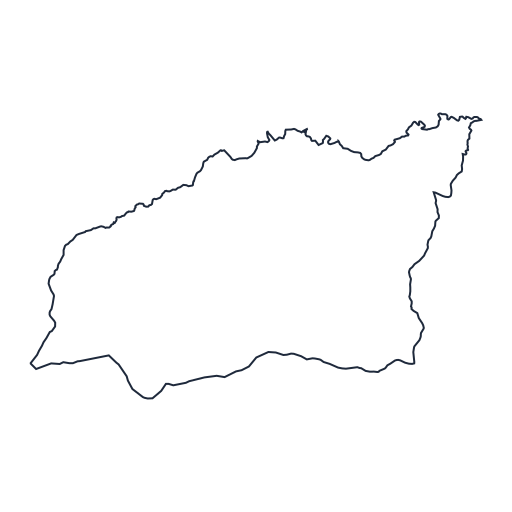 the district of Talmaciu, Sibiu, Romania
{"feature_id": "2599482B75206169001308", "entity_name": "Talmaciu", "entity_type": "district", "adm_level": 2, "iso_a3": "ROU", "parent_name": "Romania", "parent_adm1": "Sibiu", "projection": "mercator", "projection_center": [23.935, 45.563], "detail": "fine", "context": "isolated", "style": "outline", "palette": "slate", "viewbox_px": 512, "rotation_deg": 0, "n_neighbors": 0, "source": "geoboundaries", "source_scale": "gbopen_adm2", "svg_char_len": 6058}
<svg xmlns="http://www.w3.org/2000/svg" viewBox="0 0 512 512"><path d="M338.3,141.0L338.2,141.7L336.7,141.8L334.4,143.0L330.4,144.2L329.1,143.9L328.3,143.0L328.1,142.3L328.2,141.4L328.8,140.5L330.1,139.3L330.3,138.4L328.3,136.5L326.3,135.8L324.1,138.9L322.9,140.0L323.0,142.1L322.7,143.1L318.6,145.0L315.3,140.7L312.0,140.9L311.4,140.3L310.9,138.4L309.8,136.9L308.5,136.4L307.0,136.3L306.0,135.4L305.5,134.2L305.9,131.9L304.6,132.2L304.2,132.0L307.0,129.3L306.9,129.0L303.1,131.0L301.6,132.4L300.2,131.6L297.6,130.8L295.5,129.4L294.0,128.9L291.2,129.5L285.8,129.7L285.3,131.0L285.2,134.0L284.1,136.1L283.5,138.2L282.4,138.3L279.9,137.5L279.0,137.6L276.7,139.6L274.8,140.5L270.4,135.2L268.6,133.4L267.7,131.7L267.3,131.8L267.1,132.1L267.0,133.1L267.8,137.3L269.4,140.0L268.8,141.1L267.5,142.1L265.0,141.5L260.1,142.2L257.8,141.0L257.7,141.5L258.6,143.2L258.5,143.8L256.9,146.5L256.9,148.1L254.3,152.8L251.6,155.9L248.2,157.9L247.1,158.4L245.5,158.2L239.3,158.5L236.6,159.3L234.8,160.1L232.7,159.7L231.8,159.0L230.4,156.9L224.2,150.3L221.8,150.9L221.4,150.4L220.5,150.3L217.8,152.7L214.4,154.6L212.6,156.5L210.7,156.2L209.3,156.8L208.2,157.7L207.2,159.8L203.8,161.7L203.3,163.1L202.8,166.5L201.0,170.1L200.0,171.2L197.4,172.7L196.5,173.8L195.0,177.4L193.9,181.2L193.6,181.2L193.2,182.2L192.9,185.0L192.4,185.5L188.5,186.2L186.4,185.2L183.3,184.9L180.2,187.2L178.0,187.8L175.7,189.7L172.8,189.6L170.5,191.0L169.3,191.4L167.2,191.2L166.5,190.8L165.0,191.1L164.0,192.5L162.3,193.9L162.1,195.2L160.1,197.7L156.2,199.2L154.3,198.8L153.4,199.2L152.7,200.0L152.0,204.0L150.8,205.0L149.4,205.2L148.2,206.6L146.2,206.7L143.9,205.8L143.6,204.5L142.9,203.8L139.2,203.5L138.0,204.3L136.8,204.6L135.3,206.2L135.6,207.3L134.7,208.6L134.3,210.3L133.9,211.0L131.4,211.7L128.5,211.5L128.0,212.1L127.2,212.2L125.9,213.4L124.2,215.6L121.9,216.1L121.0,216.8L119.0,217.4L117.7,217.1L116.7,217.4L116.4,218.2L116.6,219.7L116.0,221.1L115.2,222.0L114.9,222.8L114.5,223.0L113.7,222.5L113.2,224.0L111.6,224.7L110.7,225.6L110.8,226.2L110.5,226.5L109.2,227.5L106.4,227.5L105.6,227.9L103.5,226.8L101.3,226.3L100.2,226.5L95.4,228.3L93.5,228.3L90.9,230.1L85.7,231.2L85.1,232.0L78.8,234.0L76.5,235.0L72.7,239.9L70.3,241.5L67.8,244.1L66.2,244.7L65.0,245.9L63.6,250.1L63.6,254.9L61.2,259.2L60.2,261.6L58.6,263.7L57.9,265.8L57.9,267.1L57.0,269.6L55.9,270.0L54.7,271.1L54.5,273.8L53.7,274.8L50.6,276.8L49.5,278.8L49.1,280.1L48.6,283.7L51.1,290.5L53.6,294.5L54.0,296.0L52.6,304.3L51.5,309.1L50.0,311.3L49.6,312.7L49.6,314.7L50.3,316.3L54.2,320.9L55.2,322.7L55.1,326.5L51.8,331.1L49.8,332.0L46.4,338.1L43.5,342.3L42.0,345.7L39.0,350.8L37.1,354.9L30.7,363.1L30.8,363.7L36.1,369.0L51.2,363.4L59.7,364.0L63.3,362.2L69.4,363.2L72.9,363.2L77.6,361.3L79.9,361.1L108.8,355.4L116.4,362.7L118.6,364.4L126.7,376.3L127.9,380.6L132.4,389.0L142.9,397.1L144.5,397.8L147.7,398.5L152.5,398.3L161.2,390.9L165.9,383.9L168.7,383.9L173.3,385.3L185.9,382.8L189.2,381.2L204.5,377.4L216.7,375.8L224.6,377.1L236.0,371.4L241.6,370.2L248.9,366.5L256.3,357.5L268.4,352.0L275.8,352.5L283.4,355.0L286.9,354.7L291.1,353.6L293.8,353.8L301.1,356.2L306.8,359.4L312.5,358.3L314.9,358.5L319.1,359.3L320.6,359.8L323.6,362.0L329.7,363.9L338.1,367.6L342.2,368.4L345.9,368.7L357.3,367.2L359.6,368.0L361.2,368.2L365.6,370.9L370.0,371.7L373.9,371.6L377.4,372.0L378.6,371.8L379.5,370.8L384.7,368.6L385.7,367.7L387.4,365.3L390.3,363.7L395.0,360.5L396.7,360.0L398.4,359.9L400.3,360.4L405.1,362.7L408.9,363.7L412.1,363.9L414.2,363.4L414.3,362.1L413.3,352.1L414.1,347.1L414.5,346.2L419.4,340.2L420.5,337.4L420.8,336.0L420.8,334.5L421.0,333.0L423.6,328.7L423.8,327.9L423.2,325.3L422.2,323.2L418.8,318.1L417.3,313.1L413.6,310.9L411.5,309.0L411.6,307.4L411.0,306.5L411.7,303.4L411.7,301.3L409.9,298.4L409.3,296.6L409.8,295.1L410.3,291.4L410.3,287.5L410.1,284.3L410.9,279.5L410.8,278.3L410.1,277.0L409.7,275.6L409.0,272.3L409.2,271.1L410.0,269.0L412.4,267.0L414.5,264.2L419.2,260.9L424.1,255.6L425.0,253.4L427.8,248.2L427.9,246.7L427.5,244.7L428.2,241.1L428.5,240.2L430.6,238.0L431.3,236.4L432.3,231.2L433.9,228.6L435.1,225.8L435.4,221.6L435.8,220.8L438.8,218.1L438.9,215.5L437.5,212.1L437.6,209.2L435.6,203.1L436.1,200.7L436.0,199.8L433.7,192.3L435.4,192.6L442.7,196.0L445.3,196.8L448.3,197.1L449.8,196.6L450.9,195.6L451.3,193.2L451.5,190.5L450.7,185.0L450.9,183.8L452.8,180.7L455.6,177.6L456.9,175.0L458.8,173.3L461.7,171.5L462.1,169.1L461.7,165.4L463.0,160.6L463.1,156.5L462.7,154.0L465.0,154.6L465.9,154.4L466.4,153.7L466.4,153.0L465.6,151.5L465.7,151.0L466.5,150.4L467.9,150.2L468.1,149.9L467.6,148.2L468.0,146.6L467.4,144.5L467.7,143.0L467.5,142.1L467.6,140.7L468.0,139.8L469.4,138.6L469.3,134.2L471.4,130.6L471.0,129.7L469.7,128.8L469.0,127.5L470.3,125.3L470.8,123.2L472.4,122.4L473.6,121.4L475.1,120.9L476.2,120.9L481.3,119.9L480.6,119.0L479.3,118.8L477.6,117.2L476.7,117.0L474.3,117.0L473.5,117.4L472.6,118.5L471.4,118.9L468.3,117.2L466.3,116.8L466.1,117.3L465.9,118.4L465.4,118.9L463.8,117.9L462.5,116.6L461.5,116.6L459.9,116.9L459.2,119.8L458.3,120.7L457.0,120.3L453.8,117.9L451.6,116.8L450.9,117.0L449.0,119.3L448.3,119.5L447.3,118.8L447.4,115.9L446.5,114.7L445.3,114.2L441.9,114.2L440.7,113.5L439.6,113.5L438.7,114.0L438.2,114.8L440.4,118.7L440.4,119.3L438.9,121.0L438.6,124.7L437.7,126.3L435.9,127.5L432.4,128.1L429.5,129.1L428.3,129.1L427.0,129.7L422.4,129.1L421.7,128.8L421.5,128.3L421.8,127.9L424.1,127.1L424.6,126.8L424.9,125.8L424.4,124.8L421.0,121.7L419.8,121.4L419.2,121.7L419.0,122.3L419.2,124.7L418.6,125.1L417.8,124.6L415.3,122.0L414.2,121.8L413.1,122.7L411.4,125.6L408.9,127.4L407.9,129.4L406.4,131.0L406.3,131.8L406.6,132.7L408.5,134.5L408.2,135.4L405.6,135.8L404.4,136.6L402.0,136.6L399.9,138.2L394.6,139.7L394.2,140.6L394.9,141.6L394.9,142.0L393.0,144.2L390.4,145.5L388.6,145.9L385.8,149.6L382.3,151.3L380.8,154.0L379.0,155.0L375.3,156.1L373.5,157.9L371.5,158.7L369.7,160.0L368.5,160.3L365.3,159.8L364.1,159.3L362.3,157.9L361.4,156.5L361.2,154.1L360.2,152.9L357.9,152.4L354.1,152.1L351.0,150.9L347.7,148.8L343.2,148.2L341.8,146.0L339.9,144.2L338.8,141.5L338.3,141.0Z" fill="none" stroke="#1e293b" stroke-width="2"/></svg>